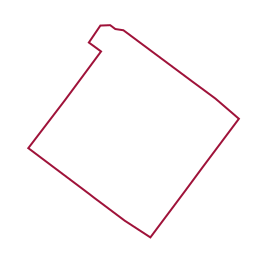 Monroe, Wisconsin, United States of America (orthographic projection), rotated 37°
{"feature_id": "52423323B24305345772996", "entity_name": "Monroe", "entity_type": "district", "adm_level": 2, "iso_a3": "USA", "parent_name": "United States of America", "parent_adm1": "Wisconsin", "projection": "orthographic", "projection_center": [-90.628, 43.943], "detail": "fine", "context": "isolated", "style": "outline", "palette": "rose", "viewbox_px": 256, "rotation_deg": 37, "n_neighbors": 0, "source": "geoboundaries", "source_scale": "gbopen_adm2", "svg_char_len": 363}
<svg xmlns="http://www.w3.org/2000/svg" viewBox="0 0 256 256"><g transform="rotate(37 128 128)"><path d="M211.0,53.9L180.1,51.9L150.6,52.2L65.5,52.7L58.3,56.6L51.9,56.6L44.3,62.8L45.3,83.3L60.4,83.1L60.9,143.3L60.5,204.1L137.2,204.0L142.8,204.1L181.2,204.0L211.7,201.9L211.5,145.0L211.2,114.6L211.0,53.9Z" fill="none" stroke="#9f1239" stroke-width="2"/></g></svg>